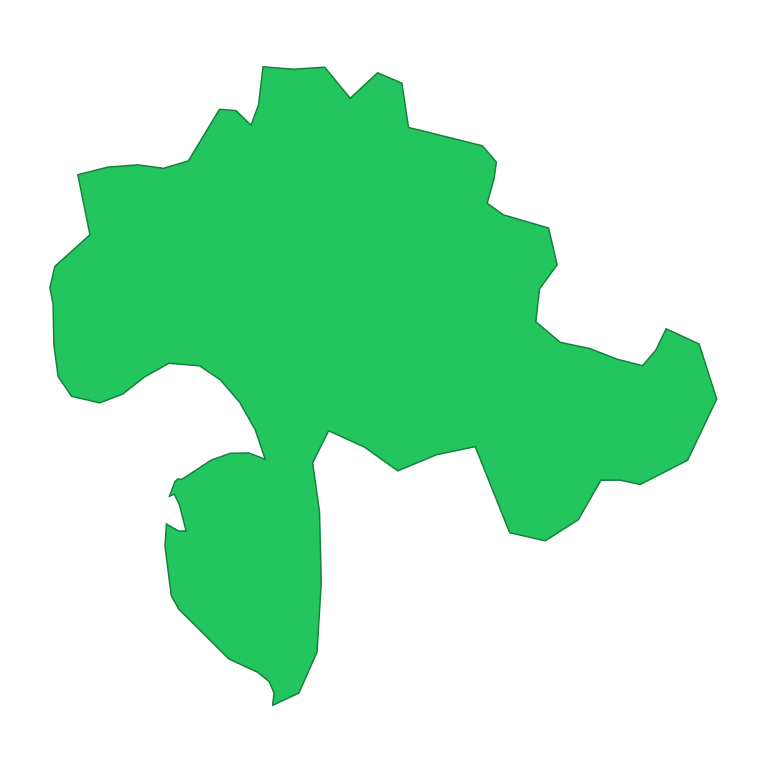 an SVG outline of Anenii Noi, rotated 179°
{"feature_id": "MDA-1629", "entity_name": "Anenii Noi", "entity_type": "District", "adm_level": 1, "iso_a3": "MDA", "parent_name": "Moldova", "parent_adm1": "", "projection": "orthographic", "projection_center": [29.256, 46.95], "detail": "fine", "context": "isolated", "style": "filled", "palette": "green", "viewbox_px": 768, "rotation_deg": 179, "n_neighbors": 0, "source": "natural_earth", "source_scale": "10m", "svg_char_len": 1325}
<svg xmlns="http://www.w3.org/2000/svg" viewBox="0 0 768 768"><g transform="rotate(179 384 384)"><path d="M440.2,338.1L456.7,306.5L450.7,257.2L450.2,186.9L455.6,117.2L474.5,76.5L500.8,64.7L500.9,65.4L499.3,76.8L504.0,88.4L508.2,92.0L515.3,97.9L543.8,111.7L544.1,112.0L584.3,153.4L593.1,162.4L600.4,176.1L605.8,225.7L604.0,247.9L602.8,247.1L591.8,240.5L584.5,240.5L590.5,266.4L595.6,277.5L595.9,277.4L600.5,275.5L600.2,276.4L594.6,290.1L592.0,292.6L587.6,292.3L557.8,311.1L538.7,317.4L520.4,317.4L504.1,310.8L513.5,340.4L528.6,368.2L547.5,391.0L551.3,393.6L568.1,405.4L598.5,408.5L623.1,395.4L645.4,378.5L668.6,370.1L696.6,377.1L696.9,377.6L699.2,381.1L709.7,397.2L713.4,428.7L713.5,470.0L716.4,486.1L711.1,507.3L675.4,538.4L686.5,598.6L656.1,605.7L626.2,607.4L600.8,603.5L575.8,610.4L543.7,661.5L527.2,659.9L512.4,645.1L504.5,665.4L499.4,703.3L469.3,700.3L437.8,701.8L412.8,670.3L385.0,695.3L360.9,684.5L355.0,640.1L281.4,620.4L267.8,604.0L270.3,587.6L277.7,562.8L261.6,551.0L216.7,537.0L208.8,500.1L226.9,476.3L231.1,443.6L207.1,422.6L177.5,415.8L150.5,404.7L125.2,397.8L111.6,413.1L100.9,434.3L68.2,418.4L51.6,363.2L81.8,302.5L129.5,279.1L149.4,283.7L168.8,284.0L192.1,244.9L225.6,224.4L260.9,233.1L293.9,319.8L332.6,312.4L371.8,296.9L404.5,321.2L440.2,338.1Z" fill="#22c55e" stroke="#15803d" stroke-width="1.5"/></g></svg>